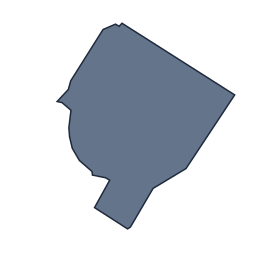 Henderson, Tennessee, United States of America, rotated 31°
{"feature_id": "52423323B24254636844315", "entity_name": "Henderson", "entity_type": "district", "adm_level": 2, "iso_a3": "USA", "parent_name": "United States of America", "parent_adm1": "Tennessee", "projection": "natural_earth1", "projection_center": [-88.459, 35.621], "detail": "fine", "context": "isolated", "style": "filled", "palette": "slate", "viewbox_px": 256, "rotation_deg": 31, "n_neighbors": 0, "source": "geoboundaries", "source_scale": "gbopen_adm2", "svg_char_len": 439}
<svg xmlns="http://www.w3.org/2000/svg" viewBox="0 0 256 256"><g transform="rotate(31 128 128)"><path d="M55.9,56.4L54.6,117.0L57.0,125.7L53.6,141.8L58.4,140.2L70.0,142.2L77.2,158.3L82.4,165.6L90.7,174.1L103.1,180.9L119.5,183.8L121.8,186.7L134.4,182.2L139.2,182.2L140.3,213.5L179.6,214.7L181.1,211.7L180.6,166.9L198.6,132.9L202.4,44.7L68.9,41.3L68.0,45.4L63.8,45.4L55.9,56.4Z" fill="#64748b" stroke="#1e293b" stroke-width="1.5"/></g></svg>